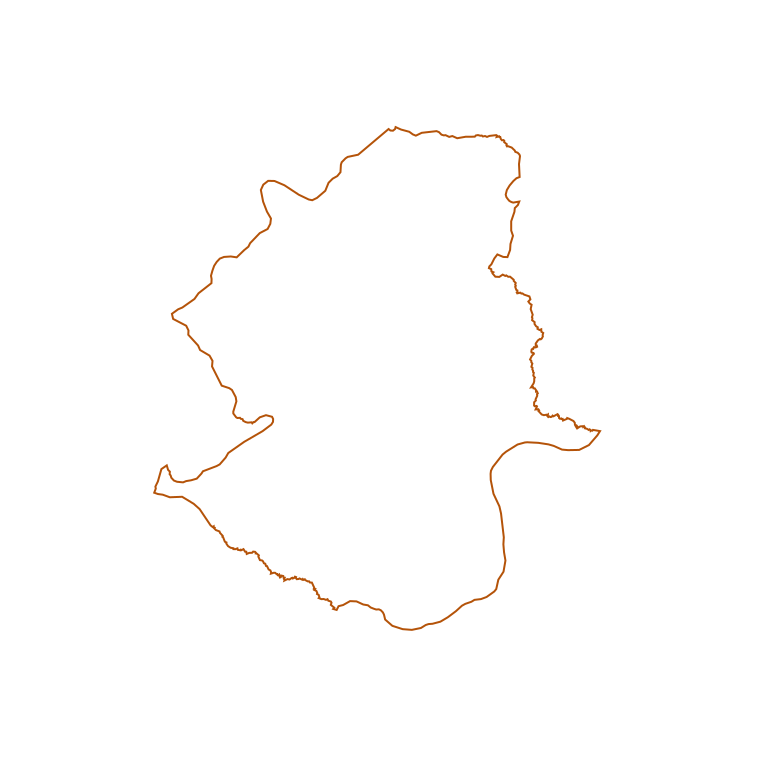 outline of Nadowli-kaleo, Upper West, Ghana, rotated 232°
{"feature_id": "2480657B27045720373273", "entity_name": "Nadowli-kaleo", "entity_type": "district", "adm_level": 2, "iso_a3": "GHA", "parent_name": "Ghana", "parent_adm1": "Upper West", "projection": "natural_earth1", "projection_center": [-2.713, 10.287], "detail": "fine", "context": "isolated", "style": "outline", "palette": "amber", "viewbox_px": 768, "rotation_deg": 232, "n_neighbors": 0, "source": "geoboundaries", "source_scale": "gbopen_adm2", "svg_char_len": 6166}
<svg xmlns="http://www.w3.org/2000/svg" viewBox="0 0 768 768"><g transform="rotate(232 384 384)"><path d="M582.1,544.6L580.6,504.8L585.3,495.2L585.5,492.6L584.8,487.2L583.4,485.1L577.7,480.1L576.6,475.2L577.4,470.0L576.7,464.2L572.4,456.7L571.9,445.8L573.0,440.6L575.7,438.3L585.6,433.4L601.9,427.9L611.4,422.7L615.4,417.8L615.4,411.6L612.7,406.4L602.1,401.0L591.9,397.9L584.0,396.8L580.2,393.0L577.8,387.7L579.4,379.0L577.4,365.2L575.7,361.7L575.6,356.4L574.5,345.9L578.8,341.8L582.6,336.2L583.9,331.8L583.2,327.3L581.7,322.9L578.9,318.5L575.8,314.3L572.9,312.8L569.7,310.1L569.7,293.7L567.7,287.0L568.4,272.2L569.6,267.8L569.9,260.1L565.1,257.9L551.7,264.0L546.6,262.9L543.3,260.1L528.8,261.2L524.0,260.0L513.8,264.0L507.8,263.1L503.7,259.3L482.6,255.1L476.0,259.5L472.9,260.5L465.0,259.1L461.2,257.0L455.0,248.2L453.5,247.1L448.8,247.0L447.5,247.5L446.0,249.7L444.8,249.7L443.4,250.9L441.7,250.4L439.2,251.5L437.4,252.9L435.3,256.1L434.1,256.0L434.3,257.8L433.7,258.5L434.2,265.6L432.1,271.8L427.1,275.6L424.7,275.1L422.5,273.2L421.4,270.2L421.6,259.3L424.5,238.3L425.5,218.8L423.5,213.9L421.8,205.0L422.4,201.5L426.7,187.6L425.8,185.0L424.7,178.2L426.9,172.7L429.3,168.3L430.2,165.1L434.4,160.7L437.3,159.0L441.1,158.7L443.3,159.6L444.8,159.5L446.8,161.3L449.3,161.0L453.6,162.7L454.0,156.2L446.4,145.8L443.9,140.7L442.1,139.8L439.8,136.0L436.5,138.1L433.0,141.5L426.6,145.5L419.4,155.5L406.7,160.3L398.9,161.7L379.4,160.3L376.8,160.9L376.7,162.1L375.9,161.5L375.1,162.0L374.9,161.3L372.4,161.6L369.1,163.6L367.7,163.1L363.6,163.4L363.1,162.6L362.3,162.9L357.7,161.5L356.1,162.3L355.4,161.5L352.3,161.3L349.4,162.3L347.3,164.2L346.6,163.7L345.4,165.1L344.7,167.3L343.4,166.7L341.3,168.5L341.5,169.2L340.8,169.4L340.4,171.6L337.3,171.3L336.6,172.2L334.6,171.2L333.9,173.8L332.2,176.2L332.5,177.7L331.1,179.1L329.7,179.2L329.4,178.7L328.8,179.3L326.0,179.9L325.3,178.7L321.6,177.8L320.0,179.3L318.7,179.5L316.7,179.0L315.5,179.8L313.3,179.0L312.5,179.7L308.9,178.9L307.1,179.7L305.1,179.2L304.2,178.1L303.1,181.0L302.2,182.0L300.4,182.3L300.0,182.9L298.8,182.5L298.4,182.7L298.4,184.1L295.6,182.9L295.3,183.7L296.3,185.1L294.7,186.4L293.2,185.6L292.5,186.4L291.8,185.1L290.9,185.2L290.4,184.5L289.7,187.8L288.1,189.2L288.0,191.8L287.7,192.5L286.9,192.4L286.5,193.9L287.0,195.2L286.0,195.8L285.6,195.1L283.9,195.1L282.9,196.7L282.8,197.7L280.1,199.1L280.3,199.9L279.3,199.9L278.9,201.3L278.3,201.1L275.4,202.4L274.6,203.5L273.2,203.4L271.9,204.9L266.4,203.6L265.9,202.7L264.9,203.5L264.6,202.3L262.6,203.3L260.5,202.8L259.8,201.9L258.1,202.7L255.7,201.8L255.5,200.8L253.0,202.2L251.7,204.1L249.6,205.4L249.2,207.0L247.5,206.7L245.3,208.2L244.0,208.0L242.7,206.1L238.4,207.1L238.0,205.5L235.1,207.6L236.9,211.4L235.0,215.7L233.8,223.6L229.6,228.5L223.0,231.9L219.5,235.1L216.1,235.9L213.2,237.6L211.1,239.0L209.6,241.2L207.7,242.2L204.7,242.5L202.3,242.0L197.7,239.9L188.3,241.7L179.3,247.8L173.1,254.6L169.0,262.9L168.4,268.5L167.4,271.3L165.2,274.6L162.0,282.1L160.9,290.7L160.7,300.9L161.3,308.9L160.7,312.7L158.6,318.8L158.2,322.4L154.8,328.0L153.0,333.7L152.6,343.1L153.3,346.2L159.4,353.6L162.5,362.6L170.1,371.0L177.5,375.0L184.2,379.4L189.4,384.0L209.9,396.5L216.5,399.6L230.1,402.7L242.6,409.0L247.6,412.7L249.8,414.9L251.6,418.7L255.4,434.0L255.5,438.6L254.1,452.0L251.2,459.0L249.9,461.0L242.7,469.3L235.2,476.4L230.8,479.6L222.7,483.9L218.5,488.4L211.9,497.2L209.7,507.9L212.2,520.5L213.9,525.2L219.2,520.4L218.9,519.5L219.8,518.6L219.8,517.9L220.7,518.4L221.7,518.1L221.8,517.0L223.7,516.4L225.3,515.1L225.7,515.6L227.6,515.7L227.5,514.4L228.4,514.6L229.8,512.5L230.1,508.8L232.1,509.0L231.6,510.2L233.0,510.2L234.2,509.3L236.1,510.5L238.2,510.5L242.4,508.6L244.4,507.4L243.9,506.7L245.0,502.6L246.5,503.3L247.1,502.3L247.8,502.4L248.2,501.3L249.4,501.0L251.0,502.1L251.7,501.5L252.5,502.3L253.4,502.2L254.2,497.7L255.3,497.4L254.9,495.9L255.5,494.8L256.6,494.4L256.8,493.1L257.6,493.1L259.0,494.3L259.0,493.1L259.7,493.2L261.0,490.8L262.9,489.5L267.6,489.1L267.7,490.0L269.1,490.1L270.6,487.8L272.2,490.8L272.8,490.7L273.7,489.1L274.6,489.0L277.2,491.1L277.5,493.5L278.6,494.0L280.4,497.5L281.9,498.4L281.9,499.4L283.9,500.0L284.4,499.1L285.5,500.0L287.8,500.1L288.6,499.1L289.9,499.5L290.8,497.8L292.4,502.3L293.7,504.1L296.0,505.9L296.2,506.8L298.7,506.8L300.7,509.0L301.6,508.8L302.8,509.7L304.1,509.8L305.3,511.0L306.8,510.7L308.8,513.5L310.5,513.5L311.4,514.3L313.4,514.2L315.1,517.7L315.5,520.7L316.4,520.9L317.9,519.7L318.8,520.0L320.3,521.6L320.3,523.3L319.9,523.4L320.7,524.9L319.4,526.1L319.1,527.6L320.4,528.1L321.1,527.4L322.5,528.5L323.6,532.1L323.5,534.6L322.7,535.0L322.7,536.3L323.7,538.5L324.9,539.1L326.2,540.9L328.3,540.2L330.3,541.6L330.8,539.8L333.0,538.9L334.0,540.1L335.9,539.4L338.7,539.6L340.0,540.8L343.1,540.0L344.5,541.5L345.6,541.7L347.0,543.8L352.7,545.7L355.6,549.1L357.7,548.4L360.1,548.5L360.6,551.5L363.5,552.5L368.2,549.4L370.1,548.9L370.7,547.9L372.0,547.7L373.4,544.8L374.4,545.0L374.3,545.8L375.6,546.7L376.7,546.2L379.8,547.2L380.2,548.3L381.5,548.5L382.5,550.0L385.4,549.7L386.3,550.4L391.0,549.4L392.0,547.9L394.3,547.2L394.5,546.1L397.1,544.9L397.4,540.8L400.0,537.8L404.5,537.6L405.0,537.9L404.9,538.9L406.6,538.0L408.5,539.2L410.7,538.0L411.8,539.4L412.2,542.3L415.0,548.2L416.3,553.1L410.7,556.2L408.0,559.4L412.0,565.9L416.5,569.9L421.4,576.9L426.6,578.7L433.9,584.4L439.4,592.8L442.1,595.4L442.6,599.7L444.5,602.9L447.4,597.5L449.0,596.4L451.1,595.5L453.4,595.4L455.9,595.5L458.3,596.5L461.2,600.2L463.1,605.2L464.3,610.9L464.6,615.1L463.6,618.3L474.2,625.8L479.9,631.5L481.5,632.0L484.0,631.7L486.1,630.4L487.5,630.8L491.7,630.2L495.1,628.1L495.5,627.2L496.7,627.4L497.4,628.4L500.6,627.6L501.5,628.5L502.6,628.4L503.4,627.0L505.3,626.9L507.1,627.7L507.7,627.0L508.3,627.2L509.3,624.8L510.1,626.0L511.0,625.7L514.6,619.8L515.3,617.3L517.2,616.3L518.2,614.3L519.6,614.0L520.3,612.8L522.3,611.3L523.3,609.4L523.0,607.8L528.6,600.5L532.6,593.0L537.3,590.5L538.6,587.5L542.2,585.7L543.1,584.2L545.1,582.8L548.6,582.4L550.9,581.1L558.7,568.4L560.1,562.0L562.9,560.4L567.2,559.2L574.0,554.1L579.3,551.3L578.1,549.7L578.1,547.0L579.8,545.1L582.1,544.6Z" fill="none" stroke="#b45309" stroke-width="2"/></g></svg>